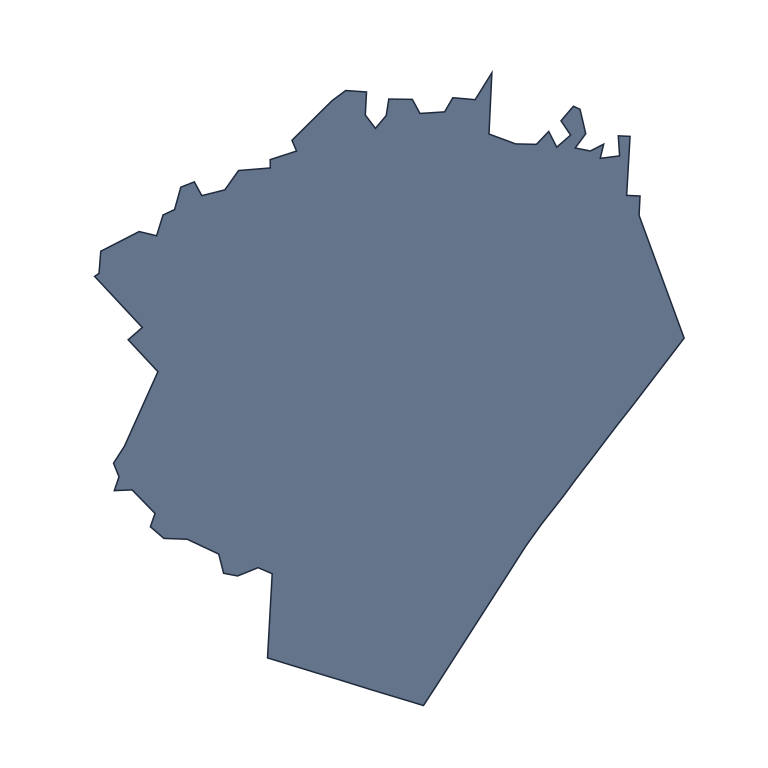 Fort Bend, Texas, United States of America, rotated 94°
{"feature_id": "52423323B41825478999592", "entity_name": "Fort Bend", "entity_type": "district", "adm_level": 2, "iso_a3": "USA", "parent_name": "United States of America", "parent_adm1": "Texas", "projection": "robinson", "projection_center": [-95.832, 29.525], "detail": "fine", "context": "isolated", "style": "filled", "palette": "slate", "viewbox_px": 768, "rotation_deg": 94, "n_neighbors": 0, "source": "geoboundaries", "source_scale": "gbopen_adm2", "svg_char_len": 1203}
<svg xmlns="http://www.w3.org/2000/svg" viewBox="0 0 768 768"><g transform="rotate(94 384 384)"><path d="M296.8,680.2L344.5,629.1L357.7,642.3L387.5,610.4L464.2,638.6L481.9,648.3L495.0,641.9L509.2,645.6L507.2,627.9L529.1,603.4L542.7,607.1L553.4,592.8L552.6,569.5L565.2,537.0L584.0,530.8L585.7,516.6L576.0,496.8L581.1,482.3L665.4,481.1L677.1,430.5L681.0,413.2L683.8,401.2L689.9,375.5L702.0,322.2L680.8,310.4L561.1,245.0L550.2,239.1L536.5,231.6L535.8,231.2L512.8,217.1L483.8,197.5L465.9,186.1L450.4,175.9L449.2,175.0L408.9,148.6L388.8,134.9L330.4,96.4L317.3,87.8L198.0,141.3L178.6,141.7L178.9,155.1L119.8,155.8L120.1,167.6L140.0,164.9L143.8,184.0L129.4,181.6L137.2,194.5L135.2,209.7L120.3,200.2L96.3,207.6L93.7,214.4L109.1,225.8L122.7,215.2L135.7,228.2L120.6,237.3L134.3,248.7L135.3,269.4L127.3,296.7L66.0,298.1L94.0,312.9L93.6,335.3L108.3,342.5L111.6,367.0L98.1,375.6L99.4,399.1L116.0,400.5L129.6,410.4L117.0,421.4L93.9,421.8L93.9,442.7L105.1,455.7L147.3,492.8L157.7,487.5L168.1,513.2L176.4,512.5L181.2,544.0L201.4,556.3L208.8,578.9L195.6,587.3L201.8,600.4L224.6,605.1L230.8,616.2L252.0,621.2L249.0,638.9L271.3,675.8L293.6,676.0L296.8,680.2Z" fill="#64748b" stroke="#1e293b" stroke-width="1.5"/></g></svg>